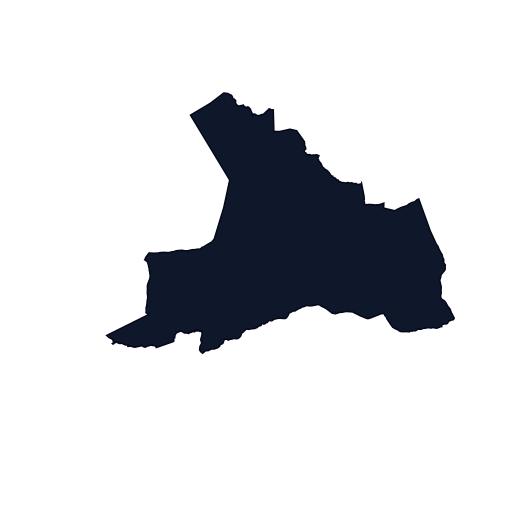 Cochinoca, Jujuy, Argentina (Albers equal-area conic projection), rotated 59°
{"feature_id": "61730980B75559747618877", "entity_name": "Cochinoca", "entity_type": "district", "adm_level": 2, "iso_a3": "ARG", "parent_name": "Argentina", "parent_adm1": "Jujuy", "projection": "albers", "projection_center": [-66.066, -23.06], "detail": "fine", "context": "isolated", "style": "filled", "palette": "ink", "viewbox_px": 512, "rotation_deg": 59, "n_neighbors": 0, "source": "geoboundaries", "source_scale": "gbopen_adm2", "svg_char_len": 6142}
<svg xmlns="http://www.w3.org/2000/svg" viewBox="0 0 512 512"><g transform="rotate(59 256 256)"><path d="M311.9,351.8L311.3,348.4L311.7,347.0L312.5,345.8L312.6,343.5L313.0,341.4L314.1,340.0L314.9,336.0L314.7,333.9L313.5,332.2L313.9,329.8L313.2,328.4L312.1,327.6L311.5,326.2L311.6,325.1L312.5,323.5L313.7,323.3L313.9,323.0L313.9,321.5L314.9,319.2L315.2,317.6L316.8,315.5L317.4,314.0L317.3,312.2L316.7,310.3L315.0,308.4L314.7,307.7L314.7,306.7L313.6,301.9L315.2,299.9L315.9,297.7L317.6,294.3L317.5,293.6L317.9,292.0L317.4,289.8L318.1,287.7L318.0,287.2L317.1,286.6L316.9,285.7L318.4,284.4L318.6,283.8L318.7,283.2L318.4,282.1L318.8,280.4L318.3,280.0L318.0,277.9L319.1,276.8L319.7,275.6L319.5,273.0L320.8,269.2L321.6,267.7L324.6,263.3L324.7,261.7L324.3,260.9L323.3,258.8L322.0,257.4L322.3,252.5L323.2,250.9L323.1,247.5L323.5,244.3L323.4,243.0L324.1,240.8L324.5,238.0L325.8,236.5L327.5,233.6L329.7,227.5L330.6,226.8L332.6,225.8L336.6,223.2L344.3,220.1L346.4,217.7L347.5,213.5L347.6,212.6L348.3,211.9L350.0,207.3L353.6,202.1L361.4,197.1L366.1,193.6L367.4,192.3L368.2,189.1L370.0,178.2L371.2,176.1L371.8,175.9L373.4,176.2L375.1,175.7L377.3,176.1L380.4,176.0L381.3,175.8L382.5,175.9L387.4,175.5L390.1,174.1L392.0,172.6L394.2,171.7L395.5,170.6L397.2,168.0L397.9,166.5L400.0,163.6L399.8,162.6L400.0,161.9L400.7,161.2L401.1,159.6L402.3,157.7L402.1,154.9L403.7,152.5L404.3,149.5L404.9,148.5L406.3,144.9L407.2,144.0L408.1,142.6L408.3,141.4L410.8,138.6L411.2,137.5L411.7,134.2L412.2,133.1L411.1,132.6L410.7,131.9L410.8,131.1L411.4,129.2L412.3,127.7L412.3,127.0L412.1,126.1L411.1,124.4L411.6,121.5L412.2,119.8L411.9,118.8L411.3,118.1L405.0,117.7L401.4,117.0L397.8,117.5L393.6,117.3L391.4,117.6L388.6,119.1L386.8,119.0L385.3,118.3L383.2,116.4L380.3,114.8L377.8,113.1L371.4,111.0L369.0,108.3L367.4,107.1L365.4,101.4L363.9,100.0L362.5,99.5L361.5,98.4L360.5,98.3L359.8,98.6L359.0,98.5L358.4,98.8L358.0,98.3L357.5,98.3L357.3,98.0L356.9,98.5L356.2,97.2L355.8,97.4L355.3,96.9L355.0,97.2L354.7,96.8L354.1,96.9L350.4,95.7L350.0,95.9L344.2,95.6L341.8,95.1L338.4,95.3L324.2,93.7L290.9,87.1L290.7,89.3L291.3,92.1L290.4,94.9L290.2,98.0L290.6,100.7L289.2,106.4L288.7,111.5L288.9,112.1L288.4,114.0L280.7,121.9L276.5,119.2L276.0,121.9L275.2,124.7L274.4,125.8L273.9,127.1L270.2,132.2L269.4,134.0L267.6,136.5L266.1,135.8L265.9,135.3L264.1,135.1L263.4,134.1L260.2,132.5L248.0,128.1L248.3,128.5L248.2,129.1L247.3,131.8L246.8,132.3L245.4,132.8L244.5,134.7L242.5,136.3L242.1,137.8L241.6,138.1L240.3,139.5L239.4,142.0L238.2,143.1L237.9,144.0L237.2,144.4L236.5,145.3L235.5,145.7L234.7,146.7L233.5,146.4L233.0,146.9L232.7,147.7L232.1,147.4L231.6,147.9L230.4,147.8L228.3,149.3L227.6,149.4L227.2,149.1L226.5,149.8L225.4,150.3L223.3,150.3L222.5,150.6L222.0,150.3L221.1,150.8L220.3,150.7L219.9,151.0L219.1,151.1L218.1,151.6L217.3,152.3L216.5,152.3L216.4,152.7L215.6,152.9L215.3,152.6L213.6,153.3L212.9,153.2L212.3,152.8L211.4,153.0L210.5,152.6L209.7,153.0L209.2,152.8L208.6,153.2L207.9,152.9L206.5,153.3L205.5,152.8L204.7,153.1L203.7,152.7L203.7,152.1L203.4,151.7L202.9,151.6L202.8,150.8L202.3,150.4L201.6,151.2L200.7,151.6L200.1,152.5L199.8,153.6L198.7,155.1L198.7,156.3L197.4,157.1L197.2,157.5L196.4,158.1L196.6,159.1L195.8,159.2L195.5,159.8L194.8,160.4L193.6,160.1L193.2,160.5L191.9,160.9L190.9,160.7L190.4,160.2L190.1,159.5L190.1,158.6L189.7,158.1L188.7,157.7L185.8,157.3L185.0,156.5L183.6,156.1L183.0,155.6L169.5,156.7L164.8,161.6L161.5,171.6L158.4,176.5L139.6,165.9L138.9,167.2L138.1,168.1L137.6,168.0L137.3,168.3L137.0,168.7L137.2,169.0L136.6,169.4L137.0,170.5L137.5,170.9L137.2,171.6L137.6,172.4L137.5,173.0L138.0,174.8L138.0,175.6L138.5,176.6L137.5,178.6L137.5,180.1L136.8,181.9L135.7,183.0L134.4,183.5L133.2,184.5L133.2,185.3L134.1,186.2L134.1,186.6L132.2,185.9L128.4,185.5L127.2,185.1L126.2,185.6L125.0,185.5L123.9,186.3L124.0,187.7L123.5,188.3L122.9,188.2L122.5,189.0L120.1,189.1L118.8,193.3L117.5,194.3L116.4,194.7L115.0,194.8L113.5,194.4L112.9,194.0L112.7,193.5L112.2,193.4L110.1,194.0L109.6,194.5L108.7,194.7L107.1,194.2L105.6,194.3L102.1,196.6L99.7,199.6L101.6,216.2L101.5,239.6L177.3,239.4L197.9,258.7L220.0,283.1L221.2,286.7L221.1,292.1L221.2,296.2L220.8,298.1L221.1,298.7L221.3,300.3L219.6,303.4L219.3,304.7L217.8,307.3L216.3,311.9L215.2,313.9L212.8,316.7L211.2,320.0L210.4,321.7L209.7,325.1L209.0,326.2L208.3,328.6L207.3,330.4L205.7,332.6L203.7,336.4L203.1,338.3L200.8,342.5L198.3,346.1L200.4,351.2L201.7,352.9L201.8,352.3L202.7,353.0L204.9,352.1L206.9,352.5L212.3,354.2L213.2,354.9L215.0,355.3L216.0,356.0L217.9,356.5L220.5,358.4L224.3,363.2L225.5,364.4L229.2,366.5L229.5,366.9L230.8,367.5L231.8,368.3L234.6,369.5L236.9,371.0L238.2,372.3L240.1,373.5L242.5,375.5L244.0,377.1L245.5,377.7L247.9,379.5L250.9,378.1L247.2,424.9L250.4,423.9L252.6,422.3L255.0,421.9L255.3,421.9L255.6,422.3L256.8,422.3L256.9,422.5L256.7,422.6L257.3,423.0L257.0,423.5L257.0,424.2L257.8,424.0L258.0,423.5L257.6,422.6L257.8,421.8L257.0,421.5L257.8,420.4L258.1,419.9L258.0,419.5L258.2,419.3L258.9,419.4L259.8,418.6L260.2,418.5L261.0,417.6L261.6,416.0L264.3,414.3L265.2,413.5L265.3,412.7L265.5,412.5L267.0,411.9L267.0,412.3L267.4,412.4L267.6,411.9L267.2,411.3L268.1,411.3L268.8,409.5L270.1,408.7L271.8,406.8L273.6,401.6L273.5,399.8L273.7,399.7L274.0,400.2L274.9,399.7L276.3,398.8L276.6,398.6L276.7,397.6L277.3,397.4L277.1,395.7L277.9,394.1L277.7,393.4L278.1,392.5L279.1,390.7L279.6,390.6L280.2,389.5L281.6,388.6L282.1,388.4L283.1,388.6L286.7,371.4L286.7,370.5L286.0,369.8L284.1,369.1L283.9,368.8L284.3,367.9L282.0,366.1L281.1,364.3L280.9,363.1L281.6,359.1L282.7,358.2L285.1,357.0L286.4,354.9L287.8,353.5L287.3,352.1L287.9,351.3L287.7,351.0L288.0,350.9L288.1,350.1L287.6,349.7L288.0,349.6L288.0,349.3L288.5,348.9L288.6,348.6L287.9,348.1L288.0,347.9L288.6,348.1L289.3,347.7L289.2,347.4L288.5,347.1L289.1,346.6L288.6,345.6L289.1,345.8L289.2,345.5L289.7,345.5L290.0,345.2L289.3,344.3L289.3,343.8L290.6,343.7L291.8,342.9L292.0,342.2L291.4,341.8L291.9,341.6L292.2,340.9L292.6,341.0L293.8,341.9L295.0,342.0L295.8,343.1L297.2,344.3L298.9,346.2L300.1,346.8L301.6,347.0L303.1,347.9L304.4,350.2L306.2,351.9L307.5,352.7L309.5,352.7L311.9,351.8Z" fill="#0f172a" stroke="#020617" stroke-width="1.5"/></g></svg>